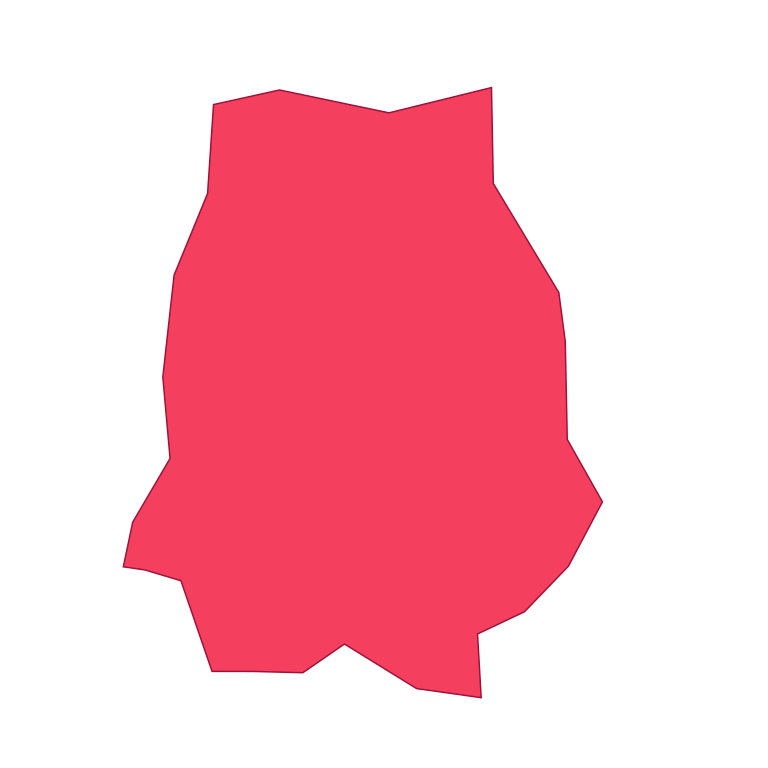 map outline of Cesvaines (orthographic projection), rotated 8°
{"feature_id": "LVA-5785", "entity_name": "Cesvaines", "entity_type": "Municipality", "adm_level": 1, "iso_a3": "LVA", "parent_name": "Latvia", "parent_adm1": "", "projection": "orthographic", "projection_center": [26.276, 57.013], "detail": "fine", "context": "isolated", "style": "filled", "palette": "rose", "viewbox_px": 768, "rotation_deg": 8, "n_neighbors": 0, "source": "natural_earth", "source_scale": "10m", "svg_char_len": 491}
<svg xmlns="http://www.w3.org/2000/svg" viewBox="0 0 768 768"><g transform="rotate(8 384 384)"><path d="M449.2,75.5L464.3,170.2L544.4,269.1L557.6,316.7L573.2,413.4L616.7,470.3L592.0,538.7L554.9,589.9L511.4,618.5L523.9,681.1L458.7,681.1L381.0,647.0L343.8,681.2L294.0,686.9L253.7,692.5L210.3,607.1L173.0,601.4L151.3,601.3L154.4,555.8L182.5,487.5L164.0,407.8L161.0,305.3L182.8,219.9L176.3,131.0L239.5,107.4L351.1,114.8L449.2,75.5Z" fill="#f43f5e" stroke="#9f1239" stroke-width="1.5"/></g></svg>